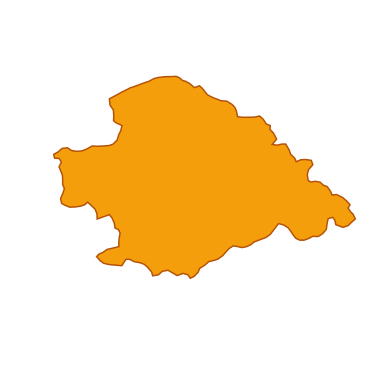 outline of Itariri, São Paulo, Brazil, rotated 231°
{"feature_id": "56859067B88746346825821", "entity_name": "Itariri", "entity_type": "district", "adm_level": 2, "iso_a3": "BRA", "parent_name": "Brazil", "parent_adm1": "São Paulo", "projection": "robinson", "projection_center": [-47.132, -24.286], "detail": "fine", "context": "isolated", "style": "filled", "palette": "amber", "viewbox_px": 384, "rotation_deg": 231, "n_neighbors": 0, "source": "geoboundaries", "source_scale": "gbopen_adm2", "svg_char_len": 2452}
<svg xmlns="http://www.w3.org/2000/svg" viewBox="0 0 384 384"><g transform="rotate(231 192 192)"><path d="M208.5,292.4L210.8,287.8L214.2,283.4L217.8,278.8L221.8,274.8L226.8,277.4L231.0,278.6L235.0,278.2L240.7,276.2L244.8,271.9L248.2,270.0L252.0,267.7L257.7,265.2L262.6,265.2L266.3,265.2L269.9,264.6L271.6,259.6L277.9,258.4L281.9,256.8L284.7,254.8L288.4,254.2L291.9,252.4L294.9,248.3L298.3,244.0L302.1,238.1L304.0,234.0L305.2,228.0L307.8,221.0L309.2,216.7L310.4,213.2L311.8,209.6L312.8,204.8L313.8,200.3L314.7,195.3L316.4,186.4L311.0,182.9L305.2,182.5L300.1,178.9L296.8,175.9L293.6,176.5L290.6,178.0L287.7,179.4L284.4,175.1L282.5,170.9L279.5,166.6L278.9,160.9L280.2,156.9L283.0,152.9L287.0,147.3L290.6,143.4L291.7,137.1L293.4,131.9L296.6,127.5L300.1,124.5L304.8,123.0L307.6,118.5L307.4,113.3L308.3,108.2L304.8,106.5L301.6,109.9L297.5,109.3L295.2,104.5L290.5,103.1L286.5,101.8L283.0,99.3L279.4,96.3L274.9,94.9L272.5,91.2L269.6,85.7L265.1,83.5L261.3,85.1L257.2,87.4L253.7,92.1L251.0,96.7L249.6,100.7L249.8,104.5L246.2,105.1L239.5,105.9L234.7,104.3L230.7,101.3L229.2,105.5L226.4,113.5L222.1,113.5L216.5,111.9L212.5,109.5L209.2,111.1L205.3,110.3L202.5,106.9L199.1,103.6L195.6,100.7L198.6,94.4L200.8,89.9L201.1,84.9L202.3,80.7L201.8,77.2L196.8,77.3L192.2,78.5L187.8,81.9L183.9,85.9L178.9,91.1L181.3,98.3L178.8,101.3L174.3,103.2L169.7,107.1L166.0,109.3L161.8,110.1L155.2,110.3L151.6,108.7L148.8,113.7L149.0,119.1L146.3,124.1L142.6,125.5L136.4,127.9L134.3,133.9L130.2,136.7L126.1,136.3L125.1,140.5L125.8,146.3L127.8,149.9L127.1,156.1L127.3,161.4L124.7,166.6L123.5,170.3L123.2,175.9L124.2,181.5L124.7,185.5L124.2,190.1L121.3,192.8L117.6,195.6L115.3,199.7L114.0,204.7L114.1,208.7L112.0,215.2L110.1,220.9L109.8,226.2L111.3,232.5L113.0,239.4L108.5,242.6L103.4,244.2L99.0,244.0L95.3,243.6L90.5,243.6L86.6,245.6L84.1,248.7L82.4,253.6L81.6,257.9L78.0,262.0L77.4,267.3L78.4,272.8L83.4,278.2L85.6,281.1L83.8,285.3L80.3,285.3L76.1,283.2L69.5,287.1L67.6,292.2L68.0,296.3L68.3,302.0L73.3,303.2L77.1,302.8L81.3,303.2L82.6,306.8L88.0,306.5L92.9,305.6L99.0,302.8L101.4,299.0L105.9,300.2L111.3,300.4L114.6,298.4L119.1,297.7L122.8,294.5L124.9,290.6L128.0,289.6L132.8,292.4L136.0,296.4L137.1,303.0L141.5,304.6L145.7,300.8L148.6,296.8L149.9,292.0L153.3,293.1L159.1,292.4L163.6,294.0L170.3,295.0L172.7,292.0L175.0,287.4L178.5,284.3L179.8,291.0L186.5,292.4L191.5,292.0L194.4,294.6L198.0,292.6L203.7,293.1L208.5,292.4Z" fill="#f59e0b" stroke="#b45309" stroke-width="1.5"/></g></svg>